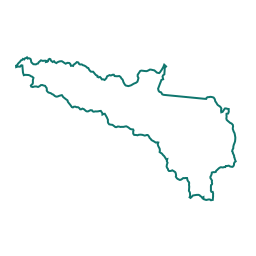 outline of Fazenda Nova, Goiás, Brazil, rotated 355°
{"feature_id": "56859067B90940942473759", "entity_name": "Fazenda Nova", "entity_type": "district", "adm_level": 2, "iso_a3": "BRA", "parent_name": "Brazil", "parent_adm1": "Goiás", "projection": "mercator", "projection_center": [-50.894, -16.179], "detail": "fine", "context": "isolated", "style": "outline", "palette": "teal", "viewbox_px": 256, "rotation_deg": 355, "n_neighbors": 0, "source": "geoboundaries", "source_scale": "gbopen_adm2", "svg_char_len": 5346}
<svg xmlns="http://www.w3.org/2000/svg" viewBox="0 0 256 256"><g transform="rotate(355 128 128)"><path d="M234.1,146.8L233.8,143.3L233.5,141.9L232.9,140.7L232.7,139.6L232.3,138.2L232.4,137.0L232.8,135.7L232.7,134.0L231.5,132.5L230.3,131.9L229.6,131.2L228.7,130.3L227.9,129.5L227.0,128.4L226.8,126.9L227.2,125.5L227.2,123.8L227.4,122.4L229.0,122.3L229.8,120.6L229.8,119.5L230.0,117.9L228.5,117.5L227.2,117.0L226.2,117.0L223.6,120.2L222.3,120.5L222.2,119.3L222.4,117.9L222.7,116.8L222.3,115.7L221.5,114.6L220.6,113.9L219.4,112.9L218.7,111.7L218.1,110.3L217.3,109.1L217.1,107.6L216.7,106.3L215.9,105.1L214.1,104.4L212.5,104.1L211.5,104.3L210.2,104.2L209.0,104.7L208.5,105.8L206.9,105.6L166.5,98.1L165.1,97.5L164.1,95.4L162.5,94.7L161.7,93.5L161.4,91.5L162.5,89.2L163.4,87.3L164.1,85.9L165.5,83.0L167.3,82.5L166.9,79.8L167.5,78.6L168.9,77.7L169.1,76.2L169.4,74.6L169.6,73.0L169.8,71.4L171.3,70.0L169.6,68.1L168.5,70.3L166.7,72.9L165.6,74.2L164.7,75.3L163.8,76.0L161.7,75.4L159.3,72.9L155.8,71.8L154.9,71.7L153.4,72.4L151.6,73.0L150.2,72.8L146.4,72.0L145.2,72.2L142.3,75.8L142.1,77.4L142.8,79.1L142.1,81.0L141.4,82.7L140.0,83.6L137.5,84.4L134.9,85.7L133.6,86.0L132.0,86.3L129.5,85.5L128.7,84.6L127.8,82.7L127.4,81.7L127.1,80.1L126.7,79.1L125.9,78.3L125.0,76.5L123.9,75.5L121.5,75.5L119.2,75.1L118.5,73.7L117.5,73.6L115.5,74.2L114.2,73.7L111.7,74.7L110.7,76.6L108.9,78.1L107.4,77.3L106.2,77.3L105.3,75.6L104.5,74.7L103.1,75.0L102.0,74.3L102.1,73.3L100.7,72.5L99.8,71.3L98.2,68.9L97.1,68.8L95.9,68.6L95.2,67.8L94.3,66.4L93.7,64.8L92.7,64.5L92.1,63.7L91.1,62.8L89.7,61.9L88.5,61.5L87.8,60.8L86.9,60.5L85.9,60.6L85.0,60.1L84.2,58.4L82.8,57.9L81.9,58.6L81.1,59.2L79.4,60.2L78.7,61.4L77.6,61.0L76.6,61.1L76.0,59.0L75.1,58.1L73.3,57.8L71.5,58.5L70.0,57.4L69.1,56.6L67.9,55.7L66.1,55.6L64.4,56.0L63.2,56.5L62.3,57.1L60.7,56.0L60.1,55.0L58.7,55.7L57.1,54.1L56.7,52.7L55.9,52.3L54.8,52.8L54.2,54.4L53.3,55.0L52.2,55.1L52.6,54.1L51.5,53.7L48.8,53.7L47.2,53.0L44.7,54.8L44.0,55.9L43.1,56.0L41.8,56.6L39.3,56.2L37.5,54.2L37.3,53.1L37.2,51.7L36.8,50.6L35.3,49.8L34.1,50.1L33.5,48.8L32.6,49.4L31.5,49.6L30.5,50.7L29.4,50.0L28.4,51.0L27.1,51.4L26.2,52.6L25.3,53.2L23.9,54.5L23.1,55.6L21.9,56.2L21.9,57.6L23.5,57.2L25.8,57.5L27.2,56.2L28.2,56.5L28.2,63.6L28.8,66.3L30.6,66.1L33.7,66.6L34.6,67.0L36.2,68.2L37.1,68.6L38.2,69.8L37.4,72.0L37.2,74.6L36.9,75.6L34.9,77.2L35.2,78.3L36.7,78.9L38.5,78.5L40.2,78.6L42.0,79.3L43.6,78.6L44.9,77.7L46.3,77.7L47.6,78.3L49.1,78.8L49.7,80.0L50.4,81.0L50.5,82.5L50.3,83.7L51.0,84.8L51.8,85.7L53.4,86.3L54.4,86.8L55.4,87.7L56.6,88.3L57.8,89.7L59.2,90.5L60.7,90.5L61.8,90.1L63.5,89.7L65.0,89.5L65.5,90.3L66.1,91.5L67.7,93.0L68.6,93.9L69.5,94.6L70.2,95.3L70.3,96.5L71.2,98.0L72.5,99.9L73.2,101.1L73.9,102.3L74.9,102.7L75.9,102.1L77.2,102.1L78.6,102.8L80.0,102.9L81.2,103.9L82.0,105.2L83.0,105.3L84.3,104.7L85.7,105.4L87.6,107.4L88.5,107.9L89.6,108.0L92.1,107.0L93.6,107.2L94.3,108.3L95.3,108.8L97.1,108.6L98.4,108.8L99.9,108.8L101.0,108.6L102.4,108.6L102.9,109.5L103.7,110.9L103.7,112.4L104.9,111.9L106.1,111.8L106.6,112.8L107.3,114.4L107.9,115.7L108.2,116.7L108.7,118.0L108.6,119.1L108.5,120.3L108.8,121.5L109.6,122.7L111.3,123.2L112.8,123.5L114.0,124.6L114.7,125.2L115.5,126.0L116.6,126.1L118.1,125.6L119.5,125.9L120.5,126.3L121.6,126.3L123.5,126.5L125.5,126.2L126.5,126.2L127.8,127.0L129.0,128.0L130.0,129.0L131.0,129.5L133.0,129.9L133.3,131.0L132.8,132.1L132.8,133.1L132.7,134.1L133.5,135.4L135.6,135.7L136.9,136.1L138.0,135.7L139.3,135.7L140.4,135.8L141.8,136.1L143.0,136.6L143.9,137.0L144.9,136.9L146.1,136.6L147.0,136.7L147.7,137.5L148.4,138.9L148.7,139.8L149.6,140.8L150.4,142.1L151.6,142.9L152.4,143.4L153.3,144.1L154.5,145.0L155.8,144.8L156.9,145.1L156.2,146.7L156.5,148.4L157.0,149.7L157.7,151.3L157.8,153.1L157.4,154.7L158.3,155.5L159.6,156.5L160.7,158.2L161.5,159.0L162.1,160.1L163.4,162.6L164.4,162.4L164.0,163.7L163.8,164.6L164.4,166.1L163.6,167.7L163.1,169.8L163.4,170.9L164.2,172.3L164.4,173.5L165.1,174.4L166.3,174.5L167.4,174.4L168.4,174.0L169.4,174.7L170.4,175.4L171.2,176.1L171.6,177.2L171.7,178.3L171.8,179.4L171.4,180.7L172.3,182.3L173.0,183.0L174.1,183.7L175.2,184.3L176.5,184.0L177.4,183.5L178.6,182.7L180.1,182.9L181.1,182.8L182.5,183.0L182.7,185.1L183.4,186.6L184.1,187.4L184.1,188.4L183.8,190.0L183.9,191.7L183.5,194.3L183.2,195.9L183.8,197.0L184.1,198.4L184.0,200.1L183.9,201.4L183.3,202.4L184.2,203.1L185.4,202.2L186.8,200.9L189.2,200.7L190.8,200.6L192.6,200.8L193.5,201.3L194.2,202.2L195.3,203.0L195.9,204.1L197.1,203.5L197.0,205.4L198.4,206.0L199.6,206.5L200.7,206.4L201.8,206.2L203.3,206.3L204.3,207.2L206.2,207.0L206.5,205.1L206.8,203.6L206.9,202.0L207.1,200.6L206.8,199.0L205.6,198.9L205.1,197.7L205.3,196.2L205.4,194.7L205.5,193.5L205.7,192.2L206.7,191.5L207.0,190.5L206.8,189.1L207.1,187.8L206.5,186.4L205.8,185.2L205.8,183.9L206.6,182.7L207.3,181.2L207.6,179.7L209.1,179.4L210.4,179.6L211.6,179.4L212.1,178.3L213.1,177.6L214.3,176.6L215.4,175.8L216.7,175.2L218.0,175.3L219.1,175.6L220.3,175.3L221.5,175.4L222.1,174.4L223.3,174.5L225.1,174.3L226.3,175.2L227.5,175.6L228.8,175.8L229.7,175.1L230.4,173.9L230.5,172.6L231.2,171.4L232.4,170.6L232.0,169.4L231.7,168.2L231.6,167.2L231.2,166.2L231.3,165.1L230.9,163.7L230.3,162.4L230.3,161.3L229.7,160.3L230.2,158.8L231.1,157.4L231.3,155.7L232.0,153.7L232.6,152.6L233.5,150.6L233.9,148.3L234.1,146.8Z" fill="none" stroke="#0f766e" stroke-width="2"/></g></svg>